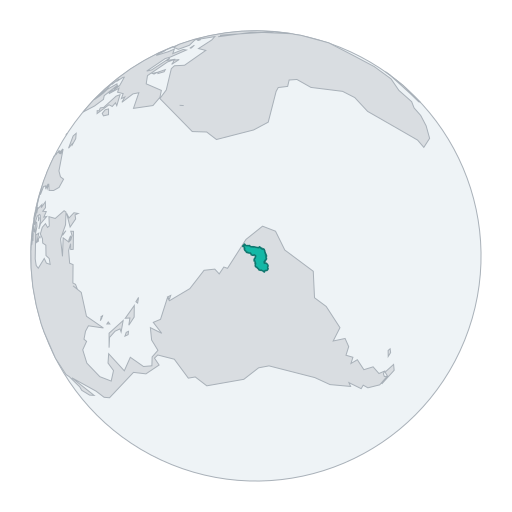 the Earth from above Piauí, rotated 292°
{"feature_id": "BRA-622", "entity_name": "Piauí", "entity_type": "State", "adm_level": 1, "iso_a3": "BRA", "parent_name": "Brazil", "parent_adm1": "", "projection": "orthographic", "projection_center": [-42.942, -6.821], "detail": "fine", "context": "on_globe", "style": "filled", "palette": "teal", "viewbox_px": 512, "rotation_deg": 292, "n_neighbors": 0, "source": "natural_earth", "source_scale": "10m", "svg_char_len": 11104}
<svg xmlns="http://www.w3.org/2000/svg" viewBox="0 0 512 512"><g transform="rotate(292 256 256)"><circle cx="256" cy="256" r="225" fill="#eef3f6" stroke="#a8b0b8"/><path d="M178.2,44.6L176.9,45.3L181.5,43.6L182.9,43.8L188.8,42.1L186.4,43.5L193.2,41.1L194.3,40.3L197.7,39.1L201.2,38.3L198.8,39.6L196.6,40.2L197.7,40.2L195.0,41.3L198.3,40.3L194.9,42.4L203.6,39.2L205.2,40.0L201.5,41.8L195.1,43.0L170.5,52.4L164.8,55.8L163.1,58.7L174.4,60.6L170.9,64.3L171.1,68.3L176.2,65.2L177.8,61.1L187.3,57.1L188.1,53.4L192.1,51.5L195.7,47.8L202.5,47.1L207.1,48.7L204.4,52.0L206.4,53.1L214.9,49.3L215.6,55.8L226.1,61.1L225.5,63.4L213.7,67.7L198.6,68.4L183.2,76.7L200.6,70.4L198.8,77.2L201.6,78.3L206.0,77.8L209.6,75.0L210.5,77.5L193.7,84.0L192.6,81.8L198.0,79.5L190.9,80.2L179.5,85.9L179.5,89.6L162.4,96.3L162.1,99.3L158.3,102.8L159.8,97.5L156.8,107.6L136.6,121.4L132.1,141.5L128.5,126.8L122.4,126.1L114.4,127.7L113.4,130.9L104.1,130.5L93.3,139.3L85.6,156.4L85.8,168.6L96.4,166.8L101.3,158.9L110.2,156.0L100.2,176.9L115.0,177.4L111.4,193.1L115.2,200.6L123.5,197.5L131.8,200.4L139.0,190.7L150.0,184.9L149.0,197.6L156.0,185.6L161.5,191.2L184.2,189.5L182.1,192.5L201.0,206.9L223.3,213.2L228.4,222.7L225.6,228.6L233.7,230.3L233.9,234.2L267.6,240.5L286.1,250.9L286.3,264.8L272.3,280.5L263.3,314.8L239.2,325.9L235.5,340.0L221.0,360.7L206.1,359.4L212.9,369.5L206.7,375.9L197.7,376.6L198.4,383.8L191.9,384.3L197.8,388.8L191.0,398.6L197.1,406.1L193.1,414.0L197.4,418.3L194.5,418.3L192.4,420.1L193.5,422.6L182.9,419.0L175.7,409.1L176.4,403.8L172.4,403.2L173.4,389.6L170.5,392.6L164.5,372.8L165.3,356.1L159.0,309.2L153.3,300.3L137.1,290.9L117.2,259.0L121.1,245.0L117.4,239.0L129.7,218.9L127.4,202.0L123.3,200.1L118.6,207.0L105.5,198.1L102.2,186.0L69.7,173.3L68.1,168.1L70.8,158.2L74.1,131.0L66.1,158.1L64.7,153.8L66.2,144.7L68.7,141.5L74.2,128.0L74.9,124.3L86.1,108.3L107.4,86.7L105.1,88.9L110.5,84.1L112.6,82.2L127.8,70.8L143.8,60.6L160.7,51.9L178.2,44.6ZM129.4,148.7L146.4,157.0L135.0,159.4L137.5,157.2L133.5,153.5L125.6,150.7L116.0,154.1L129.4,148.7ZM140.8,136.3L137.7,135.9L141.0,135.4L140.8,136.3ZM111.5,83.2L108.8,85.5L108.8,85.4L111.5,83.2ZM191.8,48.5L193.7,48.1L192.0,49.0L191.8,48.5ZM191.5,47.4L188.2,48.7L187.6,48.3L189.6,47.6L191.5,47.4ZM195.8,46.0L186.9,47.7L185.9,47.2L192.9,44.0L195.8,46.0ZM193.1,40.4L192.1,41.2L189.6,41.5L193.1,40.4ZM184.4,42.4L185.1,42.2L185.3,42.1L195.2,39.1L191.6,40.2L197.3,38.5L190.7,40.9L178.4,44.5L179.5,44.1L184.4,42.4ZM198.8,38.7L196.0,39.3L198.7,38.3L204.7,36.9L201.9,37.6L198.8,38.7ZM203.2,37.4L207.8,36.3L209.8,36.1L201.7,38.1L203.2,37.4ZM196.8,38.7L198.4,38.2L199.5,38.0L196.8,38.7ZM219.5,35.7L216.1,36.0L217.2,35.4L219.5,35.7ZM209.3,35.9L208.6,36.0L208.7,35.9L212.0,35.2L209.3,35.9ZM215.6,34.4L215.6,34.7L221.6,34.0L220.8,34.4L211.2,35.6L215.6,34.4ZM210.1,35.4L213.3,34.8L210.7,35.4L206.8,36.2L210.1,35.4ZM217.9,34.0L218.6,33.9L217.9,34.0ZM220.1,33.6L217.5,34.0L218.5,33.9L220.1,33.6ZM228.8,32.4L227.6,32.5L221.9,33.4L223.5,33.1L228.8,32.4ZM201.8,426.9L184.4,420.5L193.6,423.3L196.7,419.2L207.0,424.2L201.8,426.9ZM212.4,416.2L217.9,413.9L220.2,415.1L216.9,417.0L212.4,416.2ZM419.4,100.9L412.0,93.8L407.4,89.2L408.3,90.5L412.2,94.0L412.8,95.2L409.3,92.2L407.8,90.5L404.6,88.4L412.5,98.1L417.3,102.8L412.5,103.0L420.2,111.1L420.9,114.3L408.3,102.0L405.1,97.9L386.5,85.4L389.4,89.5L407.2,101.9L404.2,100.7L408.3,107.5L402.8,101.3L382.6,87.8L374.5,89.7L374.1,106.2L367.2,107.5L356.9,104.1L347.0,87.1L363.5,86.2L360.2,81.2L348.3,74.1L354.3,74.8L351.5,72.2L356.8,72.0L356.0,66.3L360.2,66.1L351.7,59.1L352.7,58.4L357.4,62.5L362.9,65.7L372.4,66.9L371.8,65.7L365.5,61.3L368.9,62.7L361.6,58.4L363.1,58.1L355.3,55.2L347.7,51.2L344.1,48.9L340.2,47.4L346.0,51.2L349.6,53.3L355.0,55.8L363.5,62.6L362.0,63.4L347.8,55.2L344.1,55.9L334.6,50.1L324.7,41.7L339.9,46.9L354.7,53.5L368.9,61.1L382.6,69.6L395.6,79.2L407.9,89.6L419.4,100.9ZM475.0,203.2L475.4,205.4L471.1,189.5L450.1,145.7L448.0,141.5L447.7,141.0L447.1,140.0L450.3,146.8L445.1,138.8L461.6,167.8L466.5,180.4L475.6,206.3L475.9,208.5L477.3,214.3L477.3,213.7L480.9,243.6L478.4,270.6L475.9,294.8L470.8,314.9L463.1,326.4L457.4,342.5L452.5,347.1L448.0,356.1L440.4,365.0L430.1,372.9L419.6,370.9L424.0,362.4L426.4,345.3L431.9,305.3L439.9,288.2L441.1,274.6L432.9,243.8L435.0,227.8L431.6,220.8L425.1,221.8L420.5,213.5L416.1,213.0L384.7,217.2L372.0,206.6L349.2,175.7L352.5,163.8L347.5,150.3L366.0,107.9L376.3,110.6L398.0,107.3L401.8,109.1L406.1,118.3L427.8,132.4L426.8,125.0L439.8,134.1L444.0,135.6L433.5,118.4L426.4,115.3L418.5,106.5L418.7,101.6L423.5,105.4L433.8,117.6L443.1,130.6L451.5,144.1L459.0,158.2L465.4,172.8L470.7,187.9L475.0,203.2ZM367.1,128.7L368.4,132.6L367.1,128.7ZM184.9,189.3L187.5,191.7L183.8,191.9L184.9,189.3ZM132.6,164.5L136.6,164.3L138.4,166.0L135.2,166.9L132.6,164.5ZM168.6,161.8L173.6,162.6L168.0,163.9L168.6,161.8ZM149.3,158.1L164.5,161.7L153.7,165.9L144.2,164.0L151.3,162.3L149.3,158.1ZM137.1,143.2L139.5,143.7L138.2,145.9L137.1,143.2ZM143.2,136.1L142.1,136.3L141.3,134.8L143.2,136.1ZM199.8,76.8L201.2,76.4L205.3,76.5L202.6,77.7L199.8,76.8ZM227.9,71.0L228.8,75.2L226.3,72.8L222.8,74.9L213.2,72.8L224.7,64.4L221.2,68.4L227.9,71.0ZM203.5,68.7L208.3,70.3L202.6,68.9L203.5,68.7ZM330.6,60.0L335.1,61.4L337.1,64.2L331.8,66.3L328.8,62.1L330.6,60.0ZM341.1,63.0L328.5,55.3L331.3,54.3L331.8,56.1L335.0,56.2L336.7,59.1L351.8,66.4L354.6,69.5L343.2,70.6L345.4,68.3L340.8,66.7L341.1,63.0ZM291.1,43.5L285.7,41.8L298.8,41.5L302.4,43.3L297.3,44.9L290.1,44.0L291.1,43.5ZM209.9,40.7L206.9,41.3L207.6,40.8L210.7,39.9L209.9,40.7ZM217.8,35.9L223.4,38.2L220.3,38.8L227.3,40.4L221.9,42.7L217.6,41.5L218.6,44.9L212.6,44.7L214.2,47.1L205.1,44.1L199.7,44.6L207.8,43.0L212.9,40.7L213.5,39.9L211.1,38.2L201.9,39.0L205.5,37.4L210.5,36.2L213.2,35.7L210.0,36.7L216.0,35.5L213.5,36.7L217.8,35.9ZM266.3,31.0L261.9,30.8L273.4,31.4L271.0,31.4L272.5,31.5L273.3,31.8L277.0,32.6L274.9,32.6L277.2,33.0L277.9,33.4L280.4,34.0L277.5,34.5L280.3,35.4L277.3,35.2L283.0,36.7L277.5,35.8L277.7,36.8L282.9,37.1L261.1,41.4L256.2,45.0L255.1,48.8L245.8,47.7L240.9,43.8L239.3,39.6L245.3,36.8L240.0,37.2L241.4,36.1L245.0,36.3L240.2,35.5L242.2,34.7L240.8,33.0L232.6,33.1L231.9,32.8L236.1,32.4L232.4,32.4L240.0,31.6L239.6,31.5L246.7,30.9L255.1,30.8L254.1,30.7L256.8,30.7L266.3,31.0ZM246.1,30.9L246.6,30.9L232.7,32.1L232.0,32.3L223.1,33.7L217.7,34.2L220.8,33.7L222.4,33.3L223.5,33.3L223.9,33.1L228.0,32.5L229.5,32.3L232.6,32.0L232.4,32.0L246.1,30.9ZM402.1,106.0L404.3,106.6L406.8,106.6L409.4,111.2L402.1,106.0ZM388.4,96.7L389.8,96.3L394.8,102.1L392.4,101.8L388.4,96.7ZM386.4,91.5L389.5,95.8L386.5,93.3L386.4,91.5ZM358.3,62.2L359.3,61.8L361.0,62.9L362.4,64.4L358.3,62.2ZM299.0,34.9L297.1,34.5L296.8,34.4L299.0,34.9ZM434.7,120.9L435.9,123.7L434.2,121.8L434.1,121.1L434.7,120.9ZM423.9,116.8L428.4,119.9L424.6,118.1L423.9,116.8ZM469.4,328.3L460.3,350.3L459.9,349.2L464.3,338.4L472.1,317.3L474.0,312.7L475.4,307.0L469.4,328.3Z" fill="#d9dde1" stroke="#a8b0b8" stroke-width="1"/><path d="M260.3,240.1L260.5,240.0L261.0,240.4L261.0,240.5L260.9,240.4L261.0,240.5L260.9,240.5L261.0,240.5L261.6,240.6L261.8,240.6L261.9,240.8L261.9,240.7L262.0,240.6L262.3,240.7L262.3,240.8L262.5,240.9L262.7,241.0L262.6,241.3L262.1,242.1L261.9,242.3L261.9,242.6L262.1,243.3L262.2,243.6L262.2,243.8L262.5,244.2L262.6,244.7L262.7,245.1L262.9,245.4L263.1,245.6L263.2,245.9L263.3,246.2L263.1,246.5L262.8,246.8L262.7,247.0L262.7,247.3L262.7,247.5L262.7,247.8L262.9,248.1L262.9,248.6L263.1,248.9L263.1,249.1L263.3,249.4L263.4,249.5L263.3,249.9L263.3,250.1L263.5,250.3L263.8,250.5L263.8,250.8L263.9,251.3L263.9,251.7L264.0,251.9L264.0,252.4L264.1,252.6L264.0,252.8L264.4,253.9L264.4,254.1L264.4,254.3L264.5,254.7L264.7,255.0L264.7,255.4L264.8,255.4L264.9,255.5L265.1,255.6L265.7,255.7L265.8,255.9L265.9,256.0L265.8,256.3L265.5,256.7L265.2,257.5L265.4,258.0L265.4,258.3L264.9,258.3L264.8,258.6L265.0,259.1L265.0,259.3L264.9,259.5L264.9,259.8L265.2,259.9L265.3,260.0L265.4,260.3L265.3,260.8L265.2,261.1L264.8,261.5L264.5,261.6L264.4,261.8L264.2,262.1L263.9,262.3L263.6,262.3L263.3,262.5L263.2,262.7L262.9,262.8L262.8,263.1L262.7,263.1L262.5,263.3L262.1,263.4L262.0,263.8L261.7,264.0L261.6,264.3L261.4,264.5L261.2,264.4L260.9,264.5L260.7,264.5L260.7,264.8L260.7,265.1L260.4,265.3L260.3,265.5L260.2,265.6L260.1,265.4L259.8,265.4L259.7,265.4L259.4,265.4L259.2,265.7L258.6,265.8L258.4,265.8L258.2,266.0L257.8,266.4L257.8,266.5L257.4,266.5L257.2,266.8L257.0,266.7L256.8,266.6L256.5,266.6L256.4,266.7L256.0,266.6L256.1,266.4L255.8,266.3L255.7,266.3L255.6,266.1L255.3,266.0L255.1,266.1L254.9,266.2L254.6,266.2L254.5,266.3L254.4,266.2L254.2,265.9L253.9,265.8L253.8,266.0L253.6,266.0L253.4,265.9L253.2,266.0L253.1,266.3L252.8,266.3L252.6,266.3L252.5,266.5L252.8,266.8L252.9,267.2L252.9,267.5L253.1,267.6L253.1,267.9L253.0,268.3L253.1,268.5L252.9,268.9L252.8,269.2L252.7,269.3L252.5,269.7L252.4,269.9L252.3,270.0L252.2,270.2L252.1,270.3L251.5,270.8L251.4,270.9L251.1,271.0L250.7,270.9L250.3,270.8L250.1,270.9L249.8,271.0L249.7,271.1L249.4,271.4L249.0,271.5L248.9,271.9L248.7,272.0L248.3,271.9L248.1,271.9L247.9,272.0L247.5,271.9L247.3,271.7L247.1,271.7L246.8,271.6L246.6,271.2L246.3,270.9L246.2,270.5L246.2,270.3L246.1,270.1L245.7,269.8L244.9,269.8L244.4,269.8L244.4,269.6L244.4,269.4L244.3,269.2L244.6,268.9L244.6,268.6L244.7,268.4L244.7,268.1L244.7,267.9L244.7,267.7L244.8,267.6L244.8,266.7L244.9,266.4L244.9,266.2L244.7,266.0L244.5,265.9L244.5,265.4L244.4,265.2L244.4,264.8L244.4,264.7L244.2,264.3L244.3,264.1L244.3,263.9L244.5,263.7L244.8,263.4L244.9,263.2L245.0,263.1L245.1,262.9L245.1,262.7L245.1,262.4L245.3,262.1L245.4,261.9L245.4,261.7L245.6,261.5L245.7,261.4L245.8,260.8L245.9,260.7L245.8,260.3L245.9,260.2L246.0,259.8L246.1,259.5L246.1,259.4L246.3,259.3L246.6,259.1L246.8,258.9L247.3,258.8L247.6,258.7L247.9,258.6L248.3,258.5L248.4,258.3L248.5,258.4L248.7,258.2L248.8,258.2L249.1,258.3L249.3,258.0L249.4,257.9L249.5,257.9L249.6,257.7L249.8,257.6L249.9,257.4L250.1,257.3L250.3,257.2L250.6,257.1L250.9,256.7L251.0,256.7L251.2,256.4L251.3,256.2L251.5,256.1L251.4,256.0L251.5,256.0L251.7,255.8L251.9,255.8L252.0,255.7L252.1,255.8L252.5,255.6L253.1,255.5L253.3,255.6L253.2,255.6L253.5,255.7L253.6,255.8L253.8,255.9L253.9,256.1L254.0,256.1L254.3,255.9L254.7,255.9L254.9,255.8L255.0,255.7L255.2,255.8L255.5,255.8L255.8,255.8L256.1,255.5L256.1,255.4L256.1,255.2L256.3,254.8L256.3,254.7L256.3,254.3L256.4,254.2L256.4,253.8L256.3,253.7L256.1,253.7L255.9,253.5L255.8,253.3L255.6,253.2L255.5,252.8L255.4,252.6L255.4,252.4L255.4,252.2L255.4,251.9L255.4,251.6L255.4,251.3L255.4,251.2L255.6,251.2L255.9,250.7L256.0,250.6L256.1,250.4L256.4,250.2L256.4,249.7L256.6,249.6L256.4,249.2L256.3,248.7L256.2,248.5L256.1,248.2L256.1,247.8L256.0,247.6L256.1,247.4L256.3,247.1L256.3,246.9L256.2,246.5L256.1,246.4L255.9,246.4L255.9,246.2L255.8,245.9L256.0,245.6L256.3,245.2L256.6,244.8L256.7,244.7L256.8,244.6L256.9,244.3L257.1,244.1L257.1,243.8L257.0,243.7L257.2,243.4L257.5,243.1L257.7,242.8L257.8,242.8L258.0,242.8L258.7,242.7L258.8,242.7L259.0,242.6L259.3,242.2L259.2,242.0L259.7,241.9L259.8,241.7L260.0,241.4L260.3,241.1L260.4,240.9L260.4,240.7L260.2,240.4L260.3,240.4L260.3,240.1Z" fill="#14b8a6" stroke="#0f766e" stroke-width="1.5"/></g></svg>